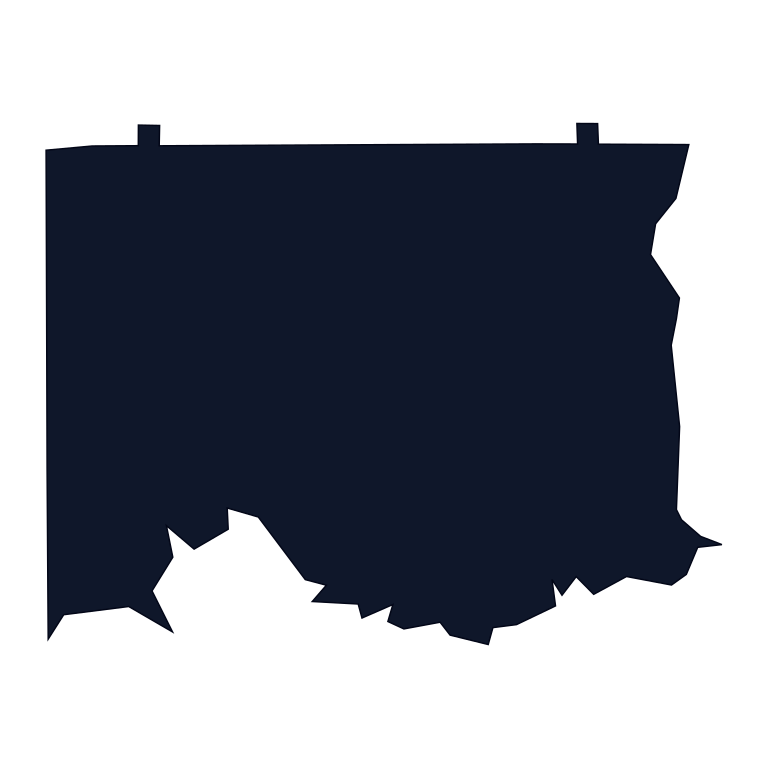 the district of Elmore, Alabama, United States of America
{"feature_id": "52423323B53549191673570", "entity_name": "Elmore", "entity_type": "district", "adm_level": 2, "iso_a3": "USA", "parent_name": "United States of America", "parent_adm1": "Alabama", "projection": "robinson", "projection_center": [-86.109, 32.588], "detail": "fine", "context": "isolated", "style": "filled", "palette": "ink", "viewbox_px": 768, "rotation_deg": 0, "n_neighbors": 0, "source": "geoboundaries", "source_scale": "gbopen_adm2", "svg_char_len": 857}
<svg xmlns="http://www.w3.org/2000/svg" viewBox="0 0 768 768"><path d="M535.4,143.9L159.2,145.8L159.6,125.5L138.4,125.1L138.3,145.7L92.3,146.0L46.1,150.2L46.3,212.2L46.9,396.0L47.1,468.6L48.2,639.1L63.7,614.7L128.7,606.5L172.5,631.9L152.0,590.9L172.8,557.2L166.4,525.6L194.1,549.1L228.2,529.2L227.2,508.0L258.3,517.0L305.3,579.6L326.4,585.2L312.3,601.5L358.2,604.0L362.0,618.0L392.9,604.5L387.9,621.5L403.9,628.9L440.1,622.2L450.1,635.1L488.2,644.5L492.9,627.6L516.5,624.6L555.5,605.9L552.0,579.4L562.0,595.2L576.2,576.6L593.7,594.3L626.5,576.5L671.5,585.0L686.3,574.4L697.7,547.3L721.9,544.6L700.6,536.4L681.5,519.8L676.4,509.6L679.6,426.6L671.2,345.2L676.4,318.7L679.4,298.0L650.5,254.6L655.6,223.8L675.9,198.4L688.8,144.6L670.1,144.5L598.4,144.2L597.6,123.6L576.9,123.5L577.6,144.0L535.4,143.9Z" fill="#0f172a" stroke="#020617" stroke-width="1.5"/></svg>